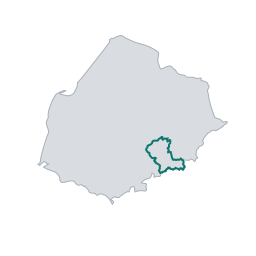 where Silesian sits in Poland, rotated 305°
{"feature_id": "POL-3146", "entity_name": "Silesian", "entity_type": "Voivodeship", "adm_level": 1, "iso_a3": "POL", "parent_name": "Poland", "parent_adm1": "", "projection": "mercator", "projection_center": [18.978, 50.212], "detail": "fine", "context": "in_parent", "style": "outline", "palette": "teal", "viewbox_px": 256, "rotation_deg": 305, "n_neighbors": 0, "source": "natural_earth", "source_scale": "10m", "svg_char_len": 5940}
<svg xmlns="http://www.w3.org/2000/svg" viewBox="0 0 256 256"><g transform="rotate(305 128 128)"><path d="M202.4,141.6L203.3,143.4L203.6,144.8L203.2,145.9L203.4,147.1L206.7,151.9L207.9,155.5L208.7,156.8L210.5,158.6L210.7,159.3L209.9,160.0L208.9,160.3L208.6,160.9L209.7,162.5L210.5,165.3L210.4,167.6L209.8,168.1L209.0,169.5L208.5,170.7L204.1,171.6L203.1,172.9L200.7,175.4L199.1,176.8L196.7,179.4L192.9,183.9L187.5,191.4L186.5,193.2L186.7,194.6L187.7,197.9L187.9,199.4L187.7,200.7L187.4,202.0L187.5,202.5L189.8,204.8L189.9,205.3L189.7,205.9L189.2,206.3L187.4,205.8L185.4,204.9L184.7,205.0L183.6,204.8L179.1,203.0L176.1,201.5L175.8,200.6L175.2,199.3L174.0,198.1L171.0,197.2L169.8,196.4L165.0,196.0L162.9,195.9L161.5,196.3L160.5,196.2L159.2,198.2L158.3,198.8L157.0,198.9L155.9,198.5L154.7,197.5L152.8,196.9L151.5,197.2L150.5,196.9L149.6,196.9L149.3,197.1L148.6,197.1L147.6,197.6L146.5,198.3L145.3,198.8L144.4,200.0L143.6,202.3L141.2,201.2L140.5,201.7L139.4,202.0L138.6,201.7L138.8,200.9L139.1,200.0L139.1,198.8L138.9,197.4L138.2,197.0L137.1,196.8L136.5,196.5L136.4,196.1L135.9,195.5L134.9,194.0L134.0,192.2L133.4,191.7L132.5,192.5L131.1,193.5L130.2,193.9L128.5,196.7L125.5,196.8L125.3,195.5L125.0,194.2L123.3,193.9L123.2,193.1L122.9,191.2L119.3,187.5L118.9,186.0L119.1,185.4L118.8,184.4L118.0,183.8L115.3,183.1L114.5,183.5L113.9,183.1L112.9,182.2L111.1,181.5L110.9,181.1L110.3,180.5L110.0,180.4L109.7,180.8L109.2,181.3L107.4,182.0L106.7,181.8L106.0,181.2L105.3,179.9L104.2,178.7L103.3,178.3L102.8,177.7L102.7,177.3L104.7,176.3L105.1,175.4L104.8,173.6L104.6,173.4L103.8,174.0L102.1,174.5L100.6,174.7L99.8,174.7L95.4,171.5L92.6,170.5L90.9,170.3L90.7,170.6L91.5,172.4L92.8,174.6L92.7,175.2L90.3,176.5L89.2,177.3L88.4,178.3L87.6,178.8L86.9,178.7L86.2,178.2L84.4,174.9L82.2,172.4L81.9,171.8L81.2,171.7L80.2,171.1L79.8,170.3L80.3,169.5L81.0,168.8L82.3,168.4L82.6,167.9L82.8,167.3L83.3,166.4L83.2,166.1L82.3,165.2L81.0,164.3L77.4,165.0L76.5,165.5L75.9,164.8L75.5,163.9L74.6,163.7L73.3,162.9L71.9,162.1L70.4,161.9L67.5,160.7L66.3,160.6L65.6,160.2L65.0,159.3L64.4,158.3L64.1,156.4L61.9,155.5L59.7,154.9L59.5,155.2L59.6,157.2L59.5,158.3L58.0,158.9L56.6,159.0L56.7,158.6L58.4,155.0L59.2,152.8L60.0,148.6L59.0,145.3L58.7,143.7L58.2,143.0L55.2,141.4L55.0,140.8L55.4,138.6L55.2,137.7L54.5,136.7L53.5,134.8L53.2,133.1L54.4,131.2L55.2,127.8L55.7,126.4L54.9,125.7L54.7,124.6L54.9,123.0L54.5,121.9L53.4,121.1L52.7,120.2L52.4,118.9L52.6,117.0L53.5,114.3L51.7,111.1L47.4,107.4L45.3,104.8L45.5,103.3L46.4,101.9L48.1,100.7L49.3,98.5L50.0,95.9L50.1,93.6L48.1,86.0L47.8,84.1L47.5,81.2L51.3,82.8L52.9,83.7L52.7,82.7L52.3,81.8L52.6,80.5L52.5,78.5L49.0,77.5L46.7,77.2L46.5,75.8L46.7,75.0L47.3,75.5L49.6,75.7L55.1,73.0L64.5,69.6L74.7,66.4L77.1,66.0L79.4,65.3L80.3,64.1L81.2,63.3L82.6,61.2L85.6,57.8L91.0,56.6L93.0,55.0L97.3,52.8L106.9,50.3L110.9,49.8L114.8,49.7L118.4,51.7L122.1,54.1L122.7,55.6L120.7,54.6L117.8,52.5L116.7,52.4L119.2,59.0L120.6,61.3L123.3,63.1L125.7,63.7L132.8,62.6L135.3,61.2L136.1,60.5L136.7,60.9L146.1,61.6L178.6,63.4L187.9,63.6L188.5,63.5L189.4,62.3L190.6,62.5L192.0,63.2L192.6,63.7L192.9,64.3L193.0,65.0L193.8,65.1L195.2,65.6L197.0,66.8L198.5,67.9L199.9,69.5L200.3,71.3L200.4,73.4L200.3,74.7L202.3,84.8L205.4,93.9L206.6,98.3L207.0,100.7L207.4,104.0L207.5,106.4L207.5,107.7L207.3,109.6L206.3,110.6L200.3,113.7L199.2,114.7L197.4,117.1L195.7,119.5L195.3,120.4L195.2,120.9L195.6,121.7L197.8,123.0L199.9,124.1L200.7,124.9L202.3,125.9L202.8,126.8L203.2,127.6L203.1,129.4L202.4,131.9L202.7,133.8L202.0,135.0L201.4,136.4L201.3,138.9L202.4,141.6Z" fill="#d9dde1" stroke="#a8b0b8" stroke-width="1"/><path d="M133.5,191.6L133.4,191.5L133.2,191.7L131.8,193.3L131.7,193.4L131.4,193.5L130.8,193.5L130.4,193.6L130.2,193.7L129.9,194.0L129.7,194.3L129.4,195.2L129.5,195.2L129.5,195.3L129.5,195.5L129.4,195.6L129.2,195.6L129.1,196.1L129.0,196.4L128.9,196.6L128.4,196.8L128.0,196.9L127.8,196.9L127.7,196.8L127.3,196.6L127.2,196.5L126.8,196.6L126.2,197.0L125.8,197.0L125.4,197.0L125.3,196.7L125.4,195.8L125.4,195.5L125.3,195.1L125.3,194.8L125.4,194.3L124.9,194.0L123.3,193.9L123.4,193.5L123.3,192.9L123.1,191.8L123.0,191.6L122.8,191.2L122.7,190.9L122.6,190.0L122.6,189.8L122.3,189.7L122.0,189.7L121.8,189.8L121.5,189.8L121.3,189.7L121.0,189.3L120.8,189.1L120.6,189.1L120.0,189.0L119.8,188.9L119.7,188.7L119.6,187.9L119.2,187.1L118.9,186.3L118.9,185.7L119.3,185.1L118.9,184.9L118.8,184.6L118.9,184.2L118.8,183.7L118.5,183.6L117.9,184.0L117.5,184.0L116.2,183.3L115.6,183.1L114.9,183.2L115.0,183.2L114.6,183.6L114.3,183.7L114.0,183.4L113.9,183.3L113.8,182.9L113.7,182.7L113.1,182.5L112.9,182.4L112.4,181.9L112.2,181.8L111.1,181.6L110.9,181.4L111.0,180.9L110.0,180.2L109.8,180.2L109.8,179.8L110.8,177.8L112.9,177.4L113.9,176.6L115.5,175.9L115.7,175.1L115.7,173.8L115.4,170.5L115.6,169.9L115.9,169.9L116.3,169.7L116.3,169.2L116.1,168.8L116.3,168.2L116.8,168.1L119.2,168.1L119.1,167.1L118.5,166.6L118.0,166.2L117.5,165.6L117.2,164.6L117.6,163.5L117.9,161.9L118.4,160.9L119.7,160.1L119.8,159.2L119.6,158.7L119.4,158.1L119.6,157.7L119.8,157.4L120.4,155.4L121.2,155.0L123.5,154.9L124.1,154.7L124.6,154.3L125.2,154.4L125.7,154.9L127.8,156.1L128.9,156.3L130.2,156.3L130.8,155.8L131.9,156.0L132.9,156.9L134.5,159.4L135.0,159.6L136.7,159.5L138.5,160.4L139.9,160.7L140.1,160.8L140.2,161.1L140.2,161.4L140.1,161.6L139.0,161.8L138.3,163.0L138.8,163.5L140.1,163.9L140.6,164.3L141.1,165.4L141.9,166.3L141.2,166.4L140.1,167.4L139.7,168.1L140.3,168.4L141.4,168.6L141.9,168.8L142.0,169.3L142.1,169.8L140.0,171.1L139.4,171.2L138.5,171.1L137.6,171.3L136.1,172.4L135.7,172.5L135.3,172.5L134.4,172.0L133.9,172.6L133.5,173.6L132.7,174.6L131.6,174.4L131.1,174.8L132.0,175.7L132.8,176.8L128.8,181.2L128.5,181.8L128.1,182.5L127.9,183.4L128.3,183.8L128.7,183.9L129.0,184.3L129.1,185.2L129.6,186.1L130.4,186.4L130.8,187.0L131.0,187.8L131.5,188.3L132.2,188.6L133.3,188.8L133.2,189.5L133.0,190.0L132.8,190.6L133.0,191.0L133.4,191.3L133.5,191.6Z" fill="none" stroke="#0f766e" stroke-width="2"/></g></svg>